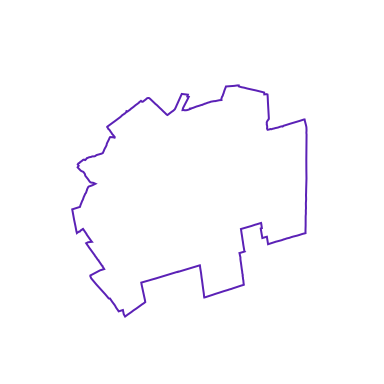 the district of Patulele, Mehedinti, Romania, rotated 320°
{"feature_id": "2599482B86573663182139", "entity_name": "Patulele", "entity_type": "district", "adm_level": 2, "iso_a3": "ROU", "parent_name": "Romania", "parent_adm1": "Mehedinti", "projection": "robinson", "projection_center": [22.803, 44.325], "detail": "fine", "context": "isolated", "style": "outline", "palette": "violet", "viewbox_px": 384, "rotation_deg": 320, "n_neighbors": 0, "source": "geoboundaries", "source_scale": "gbopen_adm2", "svg_char_len": 5819}
<svg xmlns="http://www.w3.org/2000/svg" viewBox="0 0 384 384"><g transform="rotate(320 192 192)"><path d="M172.0,296.4L172.3,296.1L172.7,295.3L174.5,292.7L175.4,291.1L175.6,290.8L175.9,290.4L176.1,290.2L176.6,289.2L177.0,288.7L177.2,288.4L177.5,288.3L178.3,286.6L179.3,285.2L180.6,283.0L184.1,277.5L184.8,276.3L185.9,274.6L186.2,274.2L186.6,273.8L187.2,273.0L187.6,272.1L188.6,270.3L188.9,269.8L189.1,269.3L192.8,270.9L194.1,271.4L194.1,271.0L197.2,265.7L199.2,262.5L200.0,261.1L200.7,260.0L202.3,257.4L202.9,256.4L203.0,256.2L205.1,252.8L205.7,251.8L215.6,256.2L219.5,257.7L220.5,258.2L225.0,260.1L224.6,260.9L222.3,264.6L221.2,264.1L221.0,264.4L216.3,272.5L219.8,274.0L220.6,274.4L216.7,280.9L220.9,282.6L223.6,283.7L224.4,284.0L225.8,284.7L229.6,286.5L231.2,287.1L231.5,287.1L232.4,287.6L234.8,288.5L237.1,289.7L239.6,290.6L239.9,290.8L240.7,291.1L242.5,292.0L244.7,293.1L246.6,293.9L249.1,294.9L250.7,295.6L251.4,296.0L252.5,296.5L254.4,294.2L257.6,290.6L263.5,283.6L265.2,281.9L267.5,279.1L268.7,277.9L271.2,274.8L272.1,273.7L274.5,271.2L275.5,270.0L277.3,267.7L279.2,265.6L281.2,263.3L288.4,255.2L293.3,249.2L300.2,240.9L316.7,221.6L317.5,220.4L318.0,219.8L318.8,219.0L319.4,218.3L319.8,217.9L320.0,217.5L320.7,216.7L321.4,215.7L322.2,214.2L324.2,210.0L324.9,208.8L324.6,208.5L320.1,206.7L310.9,202.7L306.3,200.8L304.7,200.1L304.0,200.2L303.4,200.0L303.3,199.6L301.6,198.7L299.3,197.9L296.9,196.6L295.7,196.1L294.6,195.5L292.9,194.8L292.6,194.2L291.6,193.8L291.1,193.6L290.2,193.1L289.9,192.9L289.9,192.7L290.2,191.9L290.3,191.6L290.5,191.3L291.3,190.7L292.1,189.5L292.5,188.9L292.5,188.5L293.1,187.9L294.0,186.7L294.7,186.3L296.0,185.8L296.8,185.7L297.5,185.6L297.9,185.1L298.2,185.0L307.9,172.0L311.2,167.7L312.9,165.3L312.5,165.6L312.4,165.6L312.2,165.1L310.1,163.7L311.2,162.2L310.2,160.7L306.2,155.2L304.1,152.5L300.8,148.2L299.0,145.6L297.4,143.7L296.0,141.6L295.7,141.1L295.8,140.9L296.3,140.4L296.2,140.3L295.4,139.6L292.5,137.8L288.2,134.7L286.4,133.4L285.9,133.0L281.7,135.3L281.5,135.5L280.3,136.2L279.5,136.8L278.5,137.2L278.2,137.5L277.2,138.1L276.7,138.2L276.3,138.3L274.4,139.5L273.7,140.5L272.0,139.3L268.0,137.2L267.5,136.7L264.6,135.0L264.4,134.9L263.4,134.6L261.4,133.7L258.8,132.8L258.4,132.5L257.4,132.3L256.3,131.9L255.7,131.8L255.4,131.5L252.6,130.4L250.4,129.4L247.1,128.3L245.2,127.5L244.2,126.9L244.0,127.3L243.4,127.0L242.5,126.8L240.7,126.0L239.5,125.2L238.8,124.6L238.5,124.0L237.4,123.2L238.6,122.3L239.2,121.9L240.8,121.2L248.3,118.1L250.7,117.0L249.8,115.8L251.4,114.8L247.2,110.3L236.9,115.3L235.8,115.8L234.7,116.4L232.0,117.6L229.9,117.7L227.9,117.5L225.7,117.4L223.0,117.3L222.6,117.2L222.3,116.0L222.1,113.5L221.9,112.2L221.6,108.7L221.4,107.4L221.3,106.5L221.1,104.3L221.0,103.3L220.8,101.9L220.6,101.4L220.5,100.1L219.8,93.8L219.6,92.7L219.2,92.1L218.7,91.7L218.0,91.4L217.6,91.3L216.2,91.4L212.3,91.2L211.9,90.9L211.7,90.7L211.6,90.3L211.6,89.9L211.5,89.4L210.7,89.4L209.2,89.3L208.7,89.5L205.6,89.3L204.9,89.2L201.3,89.2L200.7,89.1L200.0,89.1L199.6,89.1L199.1,89.0L197.1,89.1L194.9,88.9L194.1,88.9L193.9,88.8L194.0,88.2L193.8,87.9L193.6,88.0L193.1,88.5L192.9,88.6L190.8,88.7L190.4,88.5L190.2,88.6L189.7,88.6L189.0,88.5L188.4,88.3L186.0,88.5L184.9,88.5L177.8,88.1L176.7,88.0L169.0,87.5L168.8,87.7L168.7,88.9L168.4,90.2L168.6,90.7L168.7,91.1L168.6,92.2L168.4,93.6L168.4,94.5L168.1,96.3L168.1,96.6L168.2,97.4L168.2,98.3L168.1,99.3L168.1,100.0L168.1,100.3L167.6,100.6L166.6,99.2L166.4,98.9L165.9,98.7L165.3,97.9L164.6,97.3L163.8,97.5L162.0,98.4L158.7,99.8L157.6,100.4L157.1,100.8L156.7,101.2L154.2,102.3L153.9,102.4L153.7,102.4L151.5,103.4L150.9,103.8L149.8,104.3L148.8,104.8L147.8,104.6L147.3,104.5L146.8,104.2L144.9,103.4L144.1,103.0L143.6,102.8L142.5,102.3L141.2,102.3L140.5,102.1L139.8,101.7L139.0,101.0L138.4,100.6L137.1,100.2L135.8,99.4L135.5,99.3L134.8,99.0L133.7,98.8L133.3,98.5L132.9,98.6L132.6,98.6L131.9,98.8L130.7,98.9L130.5,98.7L130.3,98.0L130.1,97.8L129.6,97.5L129.2,97.4L128.2,97.4L127.7,97.4L126.2,97.3L125.3,97.2L124.7,97.4L124.4,97.4L124.0,97.3L123.7,97.1L123.3,97.1L122.6,97.3L122.2,97.4L122.1,98.3L122.1,98.8L122.1,99.0L121.6,99.2L120.9,99.3L120.2,99.6L120.5,104.1L120.6,104.4L121.0,105.4L121.4,106.2L121.6,106.5L121.7,106.9L121.6,108.7L121.4,109.7L120.9,110.5L120.7,111.1L120.6,115.1L120.3,118.3L120.4,118.8L120.4,119.2L120.7,119.8L122.1,121.3L122.4,121.7L123.3,123.6L120.0,122.8L119.2,122.5L118.0,122.1L116.7,121.5L115.6,121.5L113.2,122.6L112.5,123.2L111.8,123.5L111.1,124.0L109.9,124.6L109.1,124.7L107.7,125.4L105.8,126.3L104.0,127.4L103.3,127.8L102.2,128.2L99.6,129.6L98.1,130.4L96.6,131.4L89.1,128.3L83.9,137.4L80.9,143.0L78.2,147.8L77.4,149.5L78.9,149.5L79.2,149.7L79.9,149.7L80.2,149.8L80.4,150.1L80.7,150.2L81.1,150.1L82.1,149.9L82.5,149.9L83.0,150.2L83.5,150.1L84.3,150.1L84.8,150.2L84.2,156.4L84.0,156.7L83.3,165.0L83.3,165.8L80.1,163.7L78.0,163.2L77.7,166.1L77.7,167.0L77.5,167.9L77.3,171.1L76.9,176.7L76.9,177.5L76.7,178.1L76.6,179.8L76.6,180.2L76.5,181.6L76.4,181.8L76.4,182.2L76.3,183.6L76.5,184.1L76.5,184.3L76.3,184.6L75.7,190.5L75.9,191.0L75.6,191.6L75.5,192.6L75.2,194.6L71.2,192.9L62.7,191.1L60.5,190.6L60.0,191.1L59.3,193.4L59.3,201.5L59.8,214.5L59.8,220.0L60.1,220.4L60.7,220.9L60.3,224.8L60.2,226.8L60.1,227.9L60.2,228.1L60.1,228.7L59.8,230.8L59.6,231.3L59.4,233.3L59.3,234.9L59.1,236.3L63.2,238.0L62.7,238.9L61.2,241.7L60.9,243.2L60.7,244.4L64.2,244.6L66.1,244.8L68.5,245.0L71.1,245.1L74.5,245.5L81.9,246.0L83.1,246.2L85.4,246.3L86.4,244.7L94.0,230.3L94.9,228.8L110.0,235.5L130.0,244.0L129.9,244.2L150.9,253.2L150.6,253.8L149.5,255.4L149.1,256.1L146.9,259.8L144.1,264.1L142.9,266.1L138.8,272.5L135.7,277.5L133.9,280.1L133.6,280.7L134.4,281.1L141.6,284.0L144.5,285.1L148.1,286.6L152.6,288.4L156.7,290.2L157.6,290.5L160.0,291.6L161.2,292.0L164.7,293.4L169.5,295.3L172.0,296.4Z" fill="none" stroke="#5b21b6" stroke-width="2"/></g></svg>